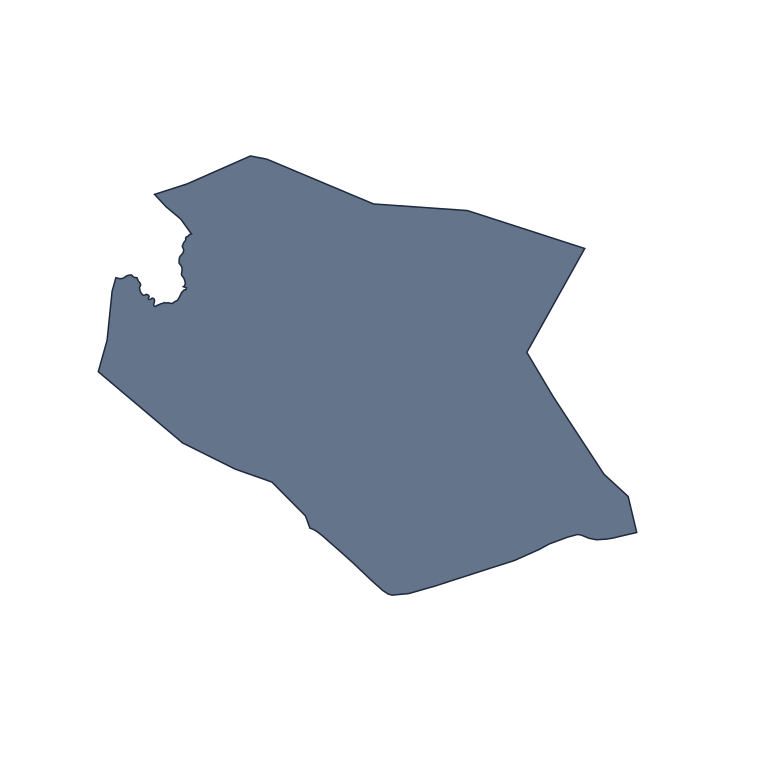 outline of Bama, Borno, Nigeria, rotated 20°
{"feature_id": "59680162B41357004175190", "entity_name": "Bama", "entity_type": "district", "adm_level": 2, "iso_a3": "NGA", "parent_name": "Nigeria", "parent_adm1": "Borno", "projection": "robinson", "projection_center": [13.793, 11.51], "detail": "fine", "context": "isolated", "style": "filled", "palette": "slate", "viewbox_px": 768, "rotation_deg": 20, "n_neighbors": 0, "source": "geoboundaries", "source_scale": "gbopen_adm2", "svg_char_len": 2351}
<svg xmlns="http://www.w3.org/2000/svg" viewBox="0 0 768 768"><g transform="rotate(20 384 384)"><path d="M228.5,214.3L196.9,212.8L180.5,215.4L130.4,263.4L103.5,284.3L118.6,292.0L136.5,298.5L151.8,308.9L150.7,309.4L149.8,310.8L149.2,312.3L148.0,313.3L147.7,314.0L147.7,314.9L148.2,315.8L148.3,317.0L148.1,317.8L147.6,319.1L147.4,320.2L147.4,321.2L147.4,322.2L147.3,323.3L147.6,324.0L148.8,325.1L149.4,325.9L150.0,326.7L150.2,327.6L150.2,329.5L149.8,330.9L149.2,332.4L148.7,333.9L148.6,335.1L148.8,336.6L149.2,338.0L149.6,339.2L150.1,340.5L150.9,341.1L152.2,341.7L153.2,342.6L154.4,343.8L155.1,345.7L155.6,347.3L155.8,348.7L156.2,350.5L157.3,351.5L158.5,352.2L159.7,353.1L160.8,354.2L161.4,355.0L162.1,356.1L163.1,357.8L162.9,360.0L162.1,361.2L165.6,361.3L165.6,363.2L165.0,363.5L164.6,363.7L164.0,363.9L163.6,365.4L163.0,365.8L162.3,368.4L162.3,370.0L162.0,371.7L161.9,373.3L161.5,375.1L160.9,376.6L159.6,377.7L158.4,379.4L157.5,380.7L156.2,381.1L155.0,381.3L153.8,381.3L152.7,381.7L151.3,382.6L149.9,382.5L149.3,383.1L148.3,384.0L146.9,384.9L145.8,386.0L144.6,387.2L143.6,387.9L142.7,389.3L141.8,389.6L141.0,389.1L140.5,388.3L140.3,387.5L140.3,386.6L140.2,385.2L139.7,383.7L138.7,382.6L137.3,382.4L136.3,383.0L135.6,384.3L134.3,385.0L133.4,384.5L133.2,383.7L133.5,382.6L133.3,381.9L132.2,381.1L130.7,380.9L129.7,381.2L128.8,382.4L127.7,382.9L126.7,382.7L125.6,382.2L124.4,381.4L123.3,380.2L122.2,378.7L121.3,377.2L121.3,376.2L121.6,374.8L121.0,373.3L119.7,372.3L117.9,371.2L116.6,369.8L115.6,368.6L114.3,368.8L113.0,369.2L111.8,369.1L110.7,368.5L109.4,367.9L108.1,368.5L107.0,369.0L105.6,370.0L104.7,371.1L103.8,372.2L103.2,373.4L101.8,374.4L99.7,375.4L95.7,375.8L96.8,390.0L108.8,437.5L109.1,441.3L111.3,470.2L215.0,508.3L273.4,514.9L312.2,514.5L355.3,534.8L363.7,544.8L367.2,544.8L371.2,545.5L378.1,547.7L385.9,550.8L393.2,553.6L400.6,556.5L416.6,562.9L425.2,566.7L440.4,573.3L453.3,578.4L459.9,580.0L463.9,579.6L475.1,574.3L478.9,572.5L486.1,567.3L492.1,562.9L501.1,556.4L516.2,544.6L522.4,539.8L536.3,529.0L548.1,519.8L566.8,505.4L586.7,486.1L594.2,477.6L609.1,465.0L617.2,459.3L620.7,458.5L629.5,458.9L636.9,457.7L646.3,453.6L652.0,450.4L661.5,444.1L672.3,437.1L651.9,406.2L621.5,393.5L547.8,338.4L543.0,334.5L507.4,305.4L517.9,240.0L526.3,188.0L403.0,192.5L312.5,218.4L228.5,214.3Z" fill="#64748b" stroke="#1e293b" stroke-width="1.5"/></g></svg>